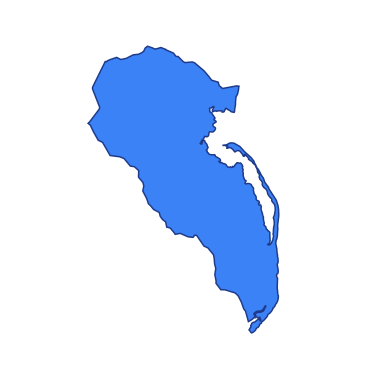 Utwe, Kosrae, Federated States of Micronesia, rotated 252°
{"feature_id": "79324940B42296922872793", "entity_name": "Utwe", "entity_type": "district", "adm_level": 2, "iso_a3": "FSM", "parent_name": "Federated States of Micronesia", "parent_adm1": "Kosrae", "projection": "orthographic", "projection_center": [162.945, 5.291], "detail": "fine", "context": "isolated", "style": "filled", "palette": "blue", "viewbox_px": 384, "rotation_deg": 252, "n_neighbors": 0, "source": "geoboundaries", "source_scale": "gbopen_adm2", "svg_char_len": 6073}
<svg xmlns="http://www.w3.org/2000/svg" viewBox="0 0 384 384"><g transform="rotate(252 192 192)"><path d="M289.4,114.4L286.9,116.0L280.3,116.8L270.2,118.8L266.8,122.3L252.0,125.4L247.7,134.4L244.7,137.8L235.7,141.4L233.8,145.1L228.8,147.9L222.6,145.7L216.2,148.3L212.6,148.0L208.1,145.5L199.7,146.9L194.3,146.9L191.9,148.3L187.2,150.1L182.7,154.5L178.6,154.3L175.1,155.4L171.7,157.7L166.4,157.1L164.5,160.1L159.5,162.2L156.9,163.0L156.3,168.0L150.7,174.3L148.6,178.8L148.7,179.4L150.1,181.1L149.3,183.0L136.8,186.7L134.0,189.8L125.8,193.0L122.6,192.7L116.7,191.3L112.0,191.0L106.4,188.2L99.8,187.4L97.8,186.6L90.2,189.2L88.8,193.1L82.7,201.8L79.1,203.8L72.1,204.9L64.8,205.1L62.0,206.1L51.3,205.6L52.1,209.3L53.4,212.4L52.9,213.1L54.0,213.5L56.8,213.2L57.6,213.8L57.7,214.5L58.4,216.1L58.5,217.1L57.4,221.6L57.9,222.0L58.7,223.7L61.1,226.6L61.0,226.9L60.5,226.9L57.1,223.5L57.0,223.1L56.6,222.7L56.5,219.7L57.0,218.3L57.3,216.3L56.4,214.4L55.1,214.3L53.4,214.7L52.9,215.1L52.3,215.2L51.5,216.3L52.0,217.1L51.8,217.9L51.3,217.9L50.6,217.4L49.5,217.9L48.7,217.9L48.3,217.6L48.4,216.9L50.1,216.7L50.5,216.0L50.0,214.1L49.0,211.8L49.0,209.4L48.7,208.4L46.6,206.5L45.6,206.4L43.3,203.7L42.8,203.7L41.5,204.4L40.3,204.6L39.6,205.1L39.6,206.2L40.2,208.0L41.0,209.7L42.6,211.2L42.8,212.7L43.3,213.8L44.4,215.0L45.3,215.5L45.8,217.5L46.8,217.9L47.5,220.2L49.8,224.2L50.6,225.4L51.0,225.5L52.2,226.6L52.6,228.4L54.0,230.7L55.7,232.7L56.5,232.9L56.7,233.7L57.6,235.2L59.5,237.0L60.1,238.0L62.1,239.9L64.1,241.1L66.6,242.1L67.8,241.9L72.8,243.1L74.0,243.2L83.5,246.7L84.6,246.3L85.4,246.6L86.7,246.6L87.6,247.2L87.9,248.3L89.0,249.1L91.0,249.8L96.8,250.6L98.2,251.9L99.7,252.6L102.8,253.3L104.1,253.3L105.0,253.7L108.9,254.3L111.7,255.1L117.1,255.7L120.2,257.1L121.1,258.1L123.7,259.5L130.7,262.3L132.5,262.7L134.7,263.5L141.7,266.8L143.9,267.6L148.9,269.0L152.6,269.6L158.2,269.6L171.0,266.2L172.7,266.2L173.8,265.9L178.8,264.2L183.0,264.2L186.6,263.1L189.7,262.7L193.6,261.9L194.8,261.2L198.1,260.9L200.9,260.3L202.0,260.5L206.8,258.7L214.0,254.5L220.6,251.5L225.5,247.0L226.7,244.2L226.8,242.7L226.8,241.9L226.3,240.4L226.3,238.8L226.8,236.6L226.8,236.0L226.6,236.0L226.2,237.7L225.2,238.6L225.7,239.4L225.7,239.9L224.6,240.2L223.1,238.6L222.9,238.6L222.7,239.1L222.7,241.1L222.3,242.2L221.5,242.9L219.6,244.1L217.6,244.8L216.8,245.3L217.3,246.7L217.4,247.8L216.7,249.5L216.2,250.1L212.1,251.7L210.2,251.9L209.9,252.9L210.2,253.4L211.2,253.2L211.5,253.5L211.2,254.2L206.8,256.2L206.0,256.2L205.6,255.9L202.3,258.5L200.6,258.9L199.5,259.5L198.7,260.2L197.0,260.6L195.6,260.6L194.8,260.9L191.5,260.9L191.1,260.6L190.3,260.6L188.3,261.4L186.9,261.3L185.6,260.5L183.3,260.5L182.2,260.9L181.6,261.3L179.2,261.9L177.5,261.1L176.3,261.1L174.4,261.6L171.8,263.3L170.3,263.7L166.3,263.5L163.2,264.4L160.9,265.6L160.2,265.6L159.5,265.2L158.4,265.2L154.9,266.5L152.8,266.5L151.1,266.2L148.9,265.5L144.5,263.2L142.4,261.4L139.4,261.3L137.1,260.6L136.1,260.4L132.4,258.3L131.6,258.2L130.4,257.5L128.8,257.1L127.0,256.1L125.4,256.0L124.3,255.7L123.4,255.0L121.8,254.3L118.7,251.5L118.6,251.0L117.8,250.1L117.8,249.0L118.2,248.2L118.4,247.9L118.9,247.9L119.0,249.2L120.4,250.6L121.5,251.2L124.6,252.1L125.6,252.1L126.3,252.6L128.1,253.0L129.3,253.5L130.1,253.4L132.1,252.1L132.9,252.0L133.8,251.3L136.3,251.4L138.0,250.4L139.0,250.4L139.4,250.9L140.8,251.2L142.7,251.2L143.3,251.5L144.4,251.5L145.9,252.2L148.6,252.0L149.2,252.3L154.2,252.3L157.0,253.4L158.4,253.3L158.6,253.1L158.7,252.0L159.2,251.7L160.6,251.7L160.7,252.8L162.6,252.8L163.7,251.4L164.8,250.8L165.6,250.8L167.0,251.4L168.7,251.4L171.0,250.6L171.8,250.5L172.4,250.8L174.3,250.8L176.3,251.6L177.1,251.6L178.8,250.8L180.5,250.7L181.3,250.2L182.1,249.4L182.9,247.7L183.0,245.7L183.8,245.1L184.3,245.2L185.1,246.0L185.3,246.5L185.8,246.8L186.3,246.8L187.2,245.7L187.4,245.7L191.6,245.7L193.9,246.5L196.6,246.8L197.0,247.3L197.8,247.6L199.2,247.3L200.0,247.7L200.4,248.1L202.3,248.1L203.1,247.7L203.9,247.6L204.7,247.0L204.8,245.9L205.5,244.8L205.9,243.7L205.1,242.8L205.0,242.0L203.1,239.7L203.1,239.2L203.8,238.6L203.8,238.4L203.1,238.0L203.1,237.2L204.1,236.3L203.9,235.5L204.5,234.1L205.0,233.5L207.8,232.7L209.1,231.3L209.2,230.4L210.0,230.1L210.5,229.6L210.9,228.4L211.7,227.4L212.8,227.1L212.6,228.7L214.2,228.9L215.3,228.4L216.2,227.4L217.3,226.7L218.1,225.7L219.0,225.3L220.1,225.3L220.6,224.8L221.0,223.1L221.8,221.1L223.1,219.7L224.0,219.6L224.8,218.9L225.4,218.8L226.2,219.1L227.0,218.6L227.5,218.6L228.2,219.9L229.6,221.1L230.7,220.8L232.1,220.9L233.5,220.7L234.9,219.9L237.1,219.9L237.4,219.3L237.3,218.0L236.8,217.4L235.8,217.0L234.6,216.0L234.9,215.1L235.7,214.8L236.1,215.5L238.2,217.4L239.2,219.6L239.7,219.9L240.4,220.9L240.8,221.0L241.0,221.3L239.9,223.2L240.1,224.5L240.7,225.3L242.7,226.3L243.6,226.9L243.8,227.5L242.7,230.1L242.8,231.2L243.8,232.9L244.6,233.7L245.2,234.0L245.8,234.0L246.4,233.8L247.5,232.8L248.3,232.5L249.8,232.8L250.4,233.5L250.8,235.5L251.0,236.3L251.4,236.7L252.0,236.6L253.5,235.3L254.4,235.3L254.5,236.2L255.2,236.7L261.2,235.0L262.8,233.8L263.5,233.8L264.8,234.4L266.0,234.4L266.4,235.3L266.0,236.4L266.8,238.2L266.4,239.2L265.9,239.1L263.8,236.9L262.7,236.4L262.0,236.4L261.9,237.4L262.1,238.4L261.8,239.7L261.2,240.1L261.2,241.6L260.1,245.1L259.7,245.6L258.8,245.3L258.4,246.3L258.5,247.4L259.6,248.2L260.0,249.0L261.0,249.6L261.0,250.5L260.6,250.9L259.9,251.0L257.8,253.1L256.2,254.1L254.8,256.4L254.8,256.8L255.7,257.5L257.2,258.0L261.3,260.2L264.7,261.4L269.2,263.4L269.3,263.8L271.1,265.6L275.2,268.0L277.3,268.8L278.0,269.4L279.1,267.4L281.0,253.1L284.8,250.7L288.3,250.9L292.3,245.2L296.9,243.6L303.3,241.0L314.2,234.3L315.6,232.3L317.3,225.2L318.9,223.8L325.1,220.7L325.9,218.7L329.8,217.3L335.5,210.9L335.7,211.1L339.0,207.1L339.2,201.8L339.8,200.4L341.2,199.0L344.4,194.7L343.3,191.9L340.8,189.6L340.0,187.2L339.5,183.8L340.6,178.5L339.4,170.6L340.0,165.3L343.3,161.9L343.2,155.2L342.9,152.0L342.3,150.9L342.9,149.8L322.7,130.1L321.9,129.6L321.0,129.3L319.4,129.3L301.0,130.4L299.4,129.3L290.6,116.7L289.4,114.4Z" fill="#3b82f6" stroke="#1e3a8a" stroke-width="1.5"/></g></svg>